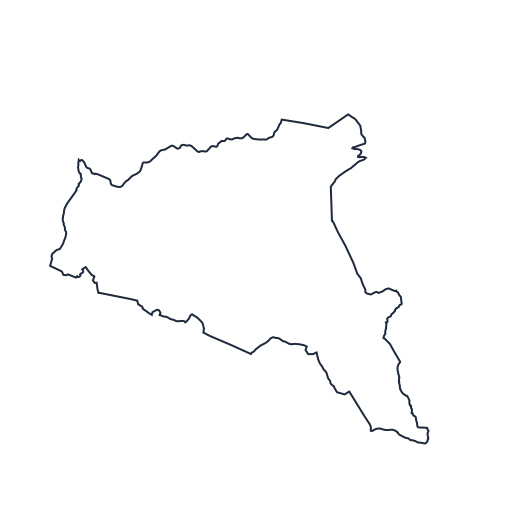 Kintampo South, Brong Ahafo, Ghana, rotated 190°
{"feature_id": "2480657B51466124780551", "entity_name": "Kintampo South", "entity_type": "district", "adm_level": 2, "iso_a3": "GHA", "parent_name": "Ghana", "parent_adm1": "Brong Ahafo", "projection": "robinson", "projection_center": [-1.864, 7.943], "detail": "fine", "context": "isolated", "style": "outline", "palette": "slate", "viewbox_px": 512, "rotation_deg": 190, "n_neighbors": 0, "source": "geoboundaries", "source_scale": "gbopen_adm2", "svg_char_len": 6064}
<svg xmlns="http://www.w3.org/2000/svg" viewBox="0 0 512 512"><g transform="rotate(190 256 256)"><path d="M182.1,355.3L177.7,359.1L171.8,366.2L170.4,367.4L166.5,369.6L164.9,371.8L166.4,372.2L168.4,372.1L171.6,371.2L172.8,371.3L172.7,372.4L171.6,373.3L170.5,375.2L170.3,377.0L170.7,377.6L171.9,378.6L173.9,378.9L176.2,378.7L177.4,378.4L179.8,378.9L179.3,379.9L177.5,380.5L172.6,383.4L168.6,385.4L168.2,385.7L168.1,386.2L168.1,387.5L169.7,391.5L170.6,391.8L173.1,393.9L173.9,395.7L174.1,397.5L176.0,402.5L181.6,407.7L183.5,408.8L185.6,409.5L189.8,411.5L207.0,394.6L232.2,395.1L254.3,394.8L254.5,394.2L254.5,392.4L254.9,390.9L255.8,389.5L256.7,385.3L257.5,383.3L258.6,382.3L259.6,380.2L259.6,377.7L260.6,376.2L263.8,374.6L265.8,372.6L266.8,372.3L270.7,371.8L271.6,371.4L276.3,371.0L279.5,371.0L281.0,371.6L285.3,374.7L286.4,374.3L288.5,371.2L290.0,369.6L292.6,369.0L294.6,369.3L295.7,368.8L297.5,368.3L299.3,366.9L300.8,366.4L304.9,366.8L305.3,366.5L306.8,363.9L307.4,363.6L309.9,363.3L311.1,361.7L312.4,360.7L312.7,360.2L313.2,357.5L313.8,356.8L314.3,356.6L316.7,356.8L317.9,356.6L318.9,356.2L319.9,355.3L320.3,354.1L321.6,352.4L322.3,351.0L322.9,350.5L324.4,350.0L326.3,350.1L328.9,349.4L330.2,348.5L331.4,348.7L332.4,349.2L338.2,352.9L339.8,353.4L340.9,353.5L343.2,352.7L344.1,352.7L346.1,353.0L347.6,352.6L348.7,352.0L349.2,351.2L349.6,349.6L350.0,349.1L350.7,348.5L351.9,348.1L352.4,348.2L356.4,350.0L358.3,350.0L363.9,345.2L368.1,343.4L368.6,342.9L369.9,341.1L371.7,337.3L375.1,333.1L376.2,331.4L377.6,330.0L379.9,329.0L382.3,328.8L383.3,328.3L383.7,327.8L383.9,325.1L384.5,321.0L384.9,319.5L385.6,318.4L387.8,316.2L391.5,313.6L392.4,312.7L395.5,308.3L396.8,307.3L398.2,305.1L400.0,301.6L401.9,300.3L405.1,300.1L410.1,300.8L411.0,301.4L411.8,302.7L412.4,304.7L413.2,305.8L413.9,306.2L425.4,308.9L428.2,309.2L429.4,308.6L430.3,309.1L431.9,309.0L434.1,312.5L435.2,313.2L437.0,313.4L438.2,313.8L438.8,314.4L441.2,318.1L442.7,319.5L443.8,320.1L444.6,320.3L445.0,320.0L445.8,318.9L446.2,318.9L447.2,319.8L447.2,317.1L446.7,314.7L446.7,312.6L445.6,309.3L444.8,307.7L444.2,307.3L443.9,306.7L443.2,306.7L442.7,306.2L442.2,303.3L441.1,301.7L441.1,301.1L441.5,298.6L442.4,297.6L442.5,296.8L443.2,296.0L442.7,295.0L442.7,294.4L444.2,291.9L444.5,289.8L444.2,289.3L451.4,274.3L452.7,269.9L452.9,267.0L452.6,264.6L453.0,261.8L452.8,260.6L452.8,259.0L452.1,256.5L451.1,255.3L450.9,253.6L449.3,251.3L449.0,250.5L448.8,248.6L447.4,247.0L447.0,246.1L446.8,245.1L446.9,241.5L447.9,236.6L448.0,235.1L450.0,229.6L450.4,229.0L451.3,228.3L453.1,227.5L454.1,226.5L457.1,222.5L457.3,220.1L456.9,219.0L456.3,218.3L457.0,210.5L445.0,207.2L444.0,206.4L442.6,204.1L442.2,203.9L439.7,204.1L439.0,204.4L438.3,205.1L437.8,205.2L429.6,203.5L429.3,203.7L428.6,205.0L427.8,204.4L426.1,205.0L425.6,206.3L426.0,207.4L425.4,208.2L424.0,209.3L423.4,210.3L423.5,211.1L424.8,212.7L421.8,215.5L418.4,212.1L415.3,209.5L414.4,208.8L411.7,207.9L412.3,203.5L410.1,201.5L408.3,202.0L406.3,195.7L404.7,192.3L402.9,192.5L371.5,191.8L365.2,191.4L363.5,187.8L362.3,187.7L360.9,186.8L359.5,186.6L358.7,185.6L358.5,184.5L351.2,181.0L348.4,179.9L348.2,182.7L344.3,185.8L342.3,185.8L340.3,183.7L340.6,181.1L339.2,181.0L337.5,180.5L334.5,180.4L333.9,180.6L331.6,180.0L329.7,179.1L327.5,178.9L326.5,178.9L323.0,178.0L321.0,178.3L317.4,179.3L315.8,179.4L314.9,179.1L314.2,178.4L313.2,179.3L311.1,182.8L310.6,185.1L309.6,187.0L308.6,187.5L307.6,186.8L304.6,185.8L302.2,184.6L297.2,180.9L294.7,175.7L294.5,171.4L287.3,169.2L265.0,164.0L244.0,158.6L243.6,159.9L241.5,161.6L240.0,164.1L236.0,168.6L231.7,171.8L229.4,174.2L227.5,177.2L225.5,178.8L224.2,179.0L222.2,178.7L220.8,179.0L219.3,178.9L216.4,177.7L215.0,176.9L214.2,176.7L212.9,176.9L207.7,175.2L205.5,175.3L202.1,176.3L197.5,176.6L193.7,176.5L191.3,176.0L190.3,175.6L190.9,172.0L187.5,168.4L182.8,169.3L179.6,171.5L176.8,164.9L174.4,161.2L171.6,158.6L169.5,155.8L167.8,154.8L166.4,153.4L163.9,148.4L163.5,147.8L161.2,145.7L160.5,143.5L160.1,143.1L157.1,141.2L156.4,141.0L155.8,139.7L152.6,135.9L144.7,135.1L140.6,138.7L120.9,116.6L114.8,110.1L113.2,107.6L112.6,103.8L111.3,103.8L108.7,105.9L107.1,106.8L105.0,107.5L102.8,107.6L100.5,107.2L98.1,107.2L96.3,107.4L92.2,108.5L91.1,108.6L89.4,108.4L86.4,107.3L86.1,106.6L85.3,106.4L84.5,105.3L83.9,105.0L77.8,103.0L74.2,102.8L71.9,101.5L70.9,101.7L67.4,101.5L64.1,100.5L60.4,100.8L57.5,100.6L56.7,100.9L55.9,101.7L55.0,103.4L54.7,106.0L54.9,106.0L54.8,106.7L55.9,109.5L56.2,111.0L56.2,112.1L55.8,113.2L55.9,113.9L57.1,115.1L57.6,116.4L60.7,116.2L65.6,115.4L66.9,115.7L67.4,116.1L68.2,118.5L68.3,119.3L69.6,121.7L70.7,125.0L71.7,125.8L73.1,126.1L74.3,127.5L74.4,128.2L75.6,128.5L75.5,129.8L75.8,132.2L76.6,132.9L77.0,133.5L77.2,134.5L77.1,135.0L77.4,135.5L78.5,135.6L78.7,136.6L79.2,137.2L79.5,137.8L79.7,140.0L81.5,142.9L83.1,144.5L83.8,144.3L84.6,144.9L85.1,144.9L86.2,145.6L87.2,145.8L87.6,146.1L88.2,146.9L88.9,147.3L89.3,147.9L89.9,148.5L90.5,149.3L90.5,149.9L90.9,150.1L91.7,152.1L91.7,153.0L93.0,155.6L92.9,156.3L93.5,156.9L93.4,158.0L93.9,159.7L93.7,161.3L94.4,162.4L94.7,163.6L95.5,164.6L95.8,166.2L96.6,167.6L96.8,168.7L97.2,170.1L97.3,171.6L96.7,174.5L95.8,176.2L95.7,176.9L102.9,185.3L108.8,192.6L115.1,197.1L116.2,197.3L116.1,197.9L116.2,199.3L115.1,201.9L115.6,203.3L115.5,206.7L115.2,207.3L115.5,208.0L115.7,211.8L116.5,212.7L116.6,213.1L115.2,213.9L115.4,215.6L115.9,216.8L115.8,217.5L115.0,218.5L113.1,219.8L112.6,220.6L112.6,221.6L112.1,222.5L110.6,224.2L110.4,224.9L109.5,226.2L109.6,227.2L109.0,228.4L108.4,229.3L107.7,229.5L106.7,230.5L106.3,232.1L106.0,232.6L104.8,233.3L104.3,233.9L104.2,234.4L105.2,237.2L106.1,240.6L107.3,241.8L107.8,242.0L109.9,244.8L111.4,245.4L112.0,246.2L112.8,245.7L113.7,245.7L119.6,247.1L121.0,246.6L122.9,245.5L125.1,243.2L128.5,241.1L129.1,240.9L130.6,241.6L132.0,241.2L133.4,240.3L135.6,238.4L136.8,238.0L140.4,238.4L142.0,239.3L142.4,241.7L146.2,247.1L149.0,252.3L153.2,256.2L158.9,266.1L169.9,281.8L179.0,293.1L186.2,303.3L187.3,303.8L194.4,337.3L191.4,343.0L190.9,345.2L190.4,346.1L187.8,349.6L182.1,355.3Z" fill="none" stroke="#1e293b" stroke-width="2"/></g></svg>